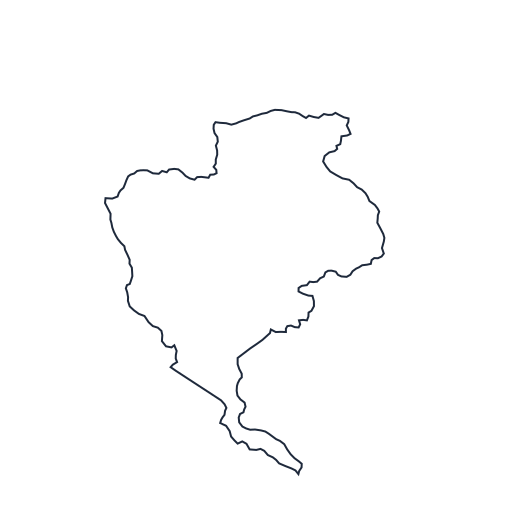 outline of Corupá, Santa Catarina, Brazil, rotated 124°
{"feature_id": "56859067B90375091770903", "entity_name": "Corupá", "entity_type": "district", "adm_level": 2, "iso_a3": "BRA", "parent_name": "Brazil", "parent_adm1": "Santa Catarina", "projection": "equal_earth", "projection_center": [-49.314, -26.428], "detail": "fine", "context": "isolated", "style": "outline", "palette": "slate", "viewbox_px": 512, "rotation_deg": 124, "n_neighbors": 0, "source": "geoboundaries", "source_scale": "gbopen_adm2", "svg_char_len": 3456}
<svg xmlns="http://www.w3.org/2000/svg" viewBox="0 0 512 512"><g transform="rotate(124 256 256)"><path d="M292.2,413.1L296.5,410.8L299.0,406.2L302.3,400.2L307.2,397.1L309.4,394.4L312.7,391.1L315.4,387.4L317.7,383.3L319.3,379.9L320.7,375.2L321.5,370.6L324.1,368.0L326.9,363.2L329.8,358.6L333.1,356.6L335.1,352.4L338.2,350.0L341.9,347.2L346.7,345.8L349.8,345.0L352.3,346.7L355.6,345.8L358.1,342.5L361.7,339.0L364.8,337.1L368.4,332.5L369.3,326.7L369.5,320.7L368.1,314.9L370.9,308.1L371.8,302.3L370.3,297.3L371.0,292.5L374.0,289.4L379.2,286.4L381.2,280.1L379.0,274.9L375.7,273.8L379.1,268.7L382.9,267.1L385.9,265.2L388.1,262.1L392.6,264.2L395.9,264.6L396.0,258.1L395.2,204.3L396.5,199.1L398.5,195.6L401.6,195.1L405.3,193.3L408.4,193.5L411.3,193.3L414.5,192.3L413.5,185.8L415.9,179.9L419.6,175.7L420.9,170.9L421.8,166.3L417.4,163.7L417.0,158.9L419.9,153.1L416.6,147.3L413.4,144.4L412.9,140.2L414.4,134.9L413.5,129.5L413.8,125.3L415.0,120.9L413.7,114.1L412.3,107.9L411.7,103.4L413.1,98.9L410.0,100.0L405.8,100.0L402.7,101.9L402.3,105.6L402.1,111.0L401.0,116.4L398.9,122.0L396.2,127.4L395.9,132.8L396.6,136.9L396.4,141.3L396.2,146.0L396.3,150.1L397.8,154.3L400.4,159.8L403.3,163.7L404.5,167.8L405.0,171.9L403.3,176.9L399.6,180.0L395.9,180.9L392.6,179.0L389.8,180.0L386.8,180.4L383.9,183.5L383.6,188.7L382.1,193.3L378.5,196.7L374.4,199.1L371.6,200.0L367.4,200.5L364.6,199.9L361.6,202.0L359.0,206.8L356.0,210.7L350.8,214.2L335.8,209.1L328.8,206.3L322.1,203.8L312.1,201.3L308.6,202.6L308.0,197.1L304.9,192.9L302.3,188.7L299.5,190.6L296.6,190.8L294.1,188.1L293.3,184.1L291.4,180.7L287.9,181.2L285.3,184.4L282.6,181.2L280.9,177.8L276.9,178.7L273.5,180.8L270.5,179.4L265.2,179.9L261.0,182.8L257.5,186.9L259.5,190.4L261.0,196.0L261.6,200.9L258.7,202.8L255.2,201.4L251.7,197.5L247.3,197.2L245.6,193.9L243.1,191.0L238.6,190.4L235.1,188.3L230.8,189.3L227.9,187.9L225.9,185.2L224.4,181.1L225.8,177.5L225.2,173.8L222.6,169.2L218.8,167.3L214.6,167.4L210.4,165.9L207.8,164.3L204.3,162.8L201.1,159.1L198.3,156.4L194.7,157.9L191.6,156.8L189.7,153.7L186.2,151.6L182.5,151.4L179.0,156.0L172.6,158.1L169.2,159.7L166.6,162.8L163.3,168.8L160.6,174.0L156.8,176.1L154.0,177.8L150.3,178.7L148.6,181.9L147.2,186.0L147.0,192.7L144.4,196.6L142.7,200.4L141.8,205.5L142.4,210.7L141.2,215.7L140.7,221.4L143.3,227.7L144.0,234.8L144.4,241.8L142.7,247.4L140.1,253.2L134.7,255.0L129.1,253.2L125.1,249.5L121.8,248.6L119.7,250.9L116.2,248.7L113.0,250.0L109.0,252.1L105.1,247.8L101.9,245.9L99.7,249.1L97.0,253.8L93.2,254.4L90.2,256.2L91.9,260.7L92.6,266.4L92.9,270.2L96.3,271.8L98.7,275.1L100.3,279.1L103.1,280.1L106.5,281.4L108.5,285.9L110.0,290.6L113.6,291.7L113.9,295.5L113.9,299.8L115.0,304.0L116.9,307.0L118.8,311.4L120.8,316.4L124.3,322.1L127.5,324.9L131.3,327.1L134.8,330.7L138.7,333.6L142.0,336.6L145.5,338.1L150.5,342.1L154.4,345.0L157.1,346.6L160.9,349.9L162.6,355.0L165.8,360.5L167.7,364.4L170.8,364.4L174.2,362.4L177.3,359.1L179.0,354.6L182.6,351.6L186.9,351.0L190.3,347.2L193.7,344.8L198.5,343.3L201.9,341.0L205.8,341.0L206.8,337.1L209.4,335.0L212.0,336.5L214.2,339.4L217.7,339.1L219.3,342.3L221.0,345.6L223.5,348.9L227.1,349.6L228.7,354.3L229.0,359.1L228.0,363.6L227.6,368.8L229.5,372.5L232.9,376.4L236.5,376.8L238.0,381.4L242.2,382.6L245.1,387.7L245.8,394.0L247.7,397.1L249.7,399.8L252.0,402.1L255.7,403.1L258.7,405.5L261.5,406.5L265.7,405.8L269.7,404.8L273.6,404.0L277.4,405.0L280.3,405.0L284.1,404.0L288.8,407.3L292.2,413.1Z" fill="none" stroke="#1e293b" stroke-width="2"/></g></svg>